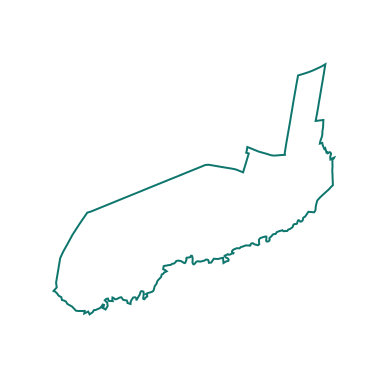 the district of Rawson, San Juan, Argentina, rotated 80°
{"feature_id": "61730980B18994779185278", "entity_name": "Rawson", "entity_type": "district", "adm_level": 2, "iso_a3": "ARG", "parent_name": "Argentina", "parent_adm1": "San Juan", "projection": "robinson", "projection_center": [-68.444, -31.689], "detail": "fine", "context": "isolated", "style": "outline", "palette": "teal", "viewbox_px": 384, "rotation_deg": 80, "n_neighbors": 0, "source": "geoboundaries", "source_scale": "gbopen_adm2", "svg_char_len": 5254}
<svg xmlns="http://www.w3.org/2000/svg" viewBox="0 0 384 384"><g transform="rotate(80 192 192)"><path d="M225.8,327.1L227.0,328.1L229.1,329.7L229.6,330.1L230.7,330.8L231.2,331.2L234.3,333.3L257.7,341.6L262.5,341.8L265.4,345.5L266.5,344.0L267.9,342.8L271.0,341.3L272.8,339.0L275.8,338.8L276.4,337.4L277.8,335.3L280.7,334.1L284.0,330.0L288.7,326.9L289.5,324.6L290.5,318.3L292.9,319.2L291.7,315.0L294.7,314.1L293.2,310.8L291.3,309.1L291.5,307.6L290.3,302.7L288.5,300.4L287.3,299.5L287.9,298.3L289.7,299.0L290.3,300.6L292.7,297.5L291.5,296.5L289.7,294.9L288.7,294.8L286.1,294.7L284.5,296.0L283.5,296.7L282.6,295.4L282.3,294.4L282.4,293.2L284.4,293.1L284.8,292.8L285.7,289.0L284.2,289.2L282.1,288.6L282.9,287.5L284.3,286.4L284.4,285.2L284.4,284.8L283.5,282.0L283.3,280.3L283.5,279.8L285.9,278.7L286.4,278.2L287.5,275.1L288.1,274.8L290.1,274.8L291.6,272.0L289.5,271.5L287.6,270.1L285.7,268.2L285.8,266.3L286.9,265.2L287.3,265.2L289.1,265.7L286.9,263.8L283.8,261.2L282.2,260.4L281.4,260.0L280.8,259.2L281.6,257.2L282.6,257.1L283.3,257.1L287.6,258.3L288.6,258.6L289.0,258.3L289.3,257.6L287.6,255.4L287.1,254.2L285.6,254.0L284.6,255.2L283.9,253.6L283.6,250.5L283.4,248.9L282.8,247.5L282.3,247.0L281.2,246.4L280.3,246.0L278.3,245.1L277.7,244.5L276.6,243.2L275.9,242.7L273.8,241.6L273.0,240.8L270.5,237.4L270.0,237.0L268.0,236.2L267.8,235.8L267.7,234.8L267.5,234.4L266.6,233.7L266.4,233.2L265.7,230.7L264.5,231.7L263.0,233.8L260.1,232.8L259.9,231.2L260.1,229.9L260.0,229.2L259.9,228.5L260.0,227.1L260.1,225.6L259.3,224.1L259.3,222.1L258.4,220.6L257.2,219.4L257.2,218.5L257.2,217.3L258.2,214.7L259.4,213.4L260.7,211.9L260.6,211.0L259.3,210.1L258.2,209.5L257.4,209.1L256.6,209.2L255.8,208.8L255.8,208.2L255.9,206.3L256.0,205.8L255.8,205.0L255.3,204.7L254.6,204.0L254.7,203.3L255.2,203.0L257.4,202.9L259.8,203.3L261.5,203.8L263.3,203.3L263.6,202.7L262.8,201.3L261.9,200.5L261.6,200.1L261.3,199.3L261.2,198.5L261.5,197.2L261.8,196.7L262.0,195.7L261.8,192.2L261.0,189.9L261.1,189.1L261.9,187.8L263.0,187.7L264.7,187.6L264.8,185.3L261.5,182.1L262.5,178.1L262.1,172.9L267.4,173.3L266.3,170.4L266.2,169.6L266.2,168.9L266.1,168.2L265.4,167.8L264.9,167.7L264.0,168.0L263.4,168.6L263.0,169.1L262.0,170.4L260.4,170.8L259.5,167.6L259.9,167.5L260.2,166.1L260.1,164.9L259.5,163.2L259.7,162.0L259.3,161.7L259.0,162.2L258.8,162.8L257.8,163.1L257.2,162.7L256.7,162.4L256.4,162.1L256.0,161.2L255.8,160.6L255.5,159.4L255.4,158.8L255.2,158.1L255.2,157.4L255.5,155.9L255.7,155.1L255.3,154.2L254.8,153.7L254.6,152.9L254.6,151.5L254.3,150.4L254.1,149.2L253.9,148.4L254.1,147.6L254.5,145.3L255.0,144.3L254.7,143.8L254.2,143.5L253.7,143.4L253.3,143.0L252.9,141.6L253.0,141.0L253.3,140.7L253.9,140.0L254.3,139.7L254.7,138.9L255.1,137.9L255.3,137.3L255.9,136.5L255.8,136.0L255.2,134.9L250.7,134.4L250.2,133.9L249.6,133.3L249.3,132.8L249.0,131.2L248.9,130.5L248.8,129.7L248.7,128.4L248.5,127.5L248.9,126.5L250.0,126.7L251.0,126.9L252.0,127.2L252.6,127.4L253.1,127.4L253.7,127.1L253.9,126.2L253.9,125.5L253.7,124.8L253.4,124.4L253.0,124.1L252.3,123.8L251.7,123.9L251.1,123.8L250.7,123.5L250.2,122.8L249.6,121.8L249.0,121.0L248.3,120.3L247.9,119.8L247.7,118.7L247.8,117.8L247.8,117.0L247.6,116.6L246.7,116.0L246.2,115.3L246.0,114.3L245.7,112.9L245.6,112.1L245.5,110.4L245.3,109.7L246.0,109.2L246.5,108.7L246.6,107.9L246.6,106.5L246.9,105.7L246.9,105.1L246.4,104.4L245.7,103.7L245.5,102.1L244.3,99.4L243.6,98.7L242.1,98.0L241.7,97.6L241.5,97.0L241.4,96.1L241.6,95.5L241.6,95.0L241.5,94.3L241.0,93.9L240.3,93.6L238.5,92.6L238.3,91.8L239.1,91.0L240.0,90.5L240.1,89.7L239.4,88.2L238.9,87.8L236.7,86.9L236.2,85.9L235.9,84.9L231.7,80.8L233.2,75.3L232.6,74.6L231.7,73.9L231.1,73.5L230.1,73.2L228.2,72.8L224.8,71.4L224.2,71.1L222.5,70.3L221.8,69.7L220.4,67.9L219.9,67.3L218.1,64.6L217.2,63.2L213.1,56.7L210.8,53.7L209.8,52.1L207.9,51.8L204.8,51.4L203.3,51.2L199.2,50.6L198.2,50.5L195.0,50.1L191.4,49.2L188.0,48.7L187.1,48.6L186.1,48.3L185.2,48.3L184.9,48.3L184.8,48.2L184.5,48.0L184.4,47.9L184.2,47.6L184.0,47.3L183.7,47.0L183.6,46.9L183.6,46.6L183.4,46.4L182.8,46.0L183.1,47.3L183.4,48.3L184.0,50.0L181.9,49.9L181.0,49.6L180.5,49.4L179.6,48.9L178.7,48.5L178.1,48.4L177.3,49.0L176.7,49.3L176.8,49.9L177.1,50.7L177.4,51.5L176.3,51.7L176.6,52.7L174.4,52.9L172.0,53.2L172.7,54.2L172.5,54.3L169.1,55.0L168.5,55.1L166.3,55.2L166.5,57.7L164.0,56.7L161.7,55.4L160.8,54.9L160.1,54.5L159.4,54.2L157.1,53.4L156.2,53.4L153.9,52.7L152.5,52.2L151.5,51.8L150.1,51.5L143.9,50.1L143.5,57.9L140.3,56.7L137.2,55.5L131.2,53.3L125.7,51.4L119.6,49.2L113.9,47.2L102.2,43.0L89.3,38.5L90.2,40.8L91.1,43.5L92.6,49.0L93.5,52.7L94.2,56.4L95.0,61.8L95.6,67.3L105.3,70.9L112.0,73.3L117.7,75.4L135.2,81.6L140.6,83.5L161.3,91.0L166.0,92.6L169.1,93.7L170.3,94.0L171.5,94.0L170.8,101.1L170.4,104.8L170.2,105.6L169.9,106.5L169.6,107.6L167.4,111.8L163.9,119.1L163.8,119.3L160.0,125.3L157.3,129.7L160.6,130.8L162.7,131.8L163.9,129.4L171.7,133.3L175.2,135.1L181.5,138.3L177.9,144.1L177.5,144.7L177.2,145.4L175.8,149.0L172.3,159.0L168.1,170.7L167.9,172.4L167.8,173.1L167.7,173.9L167.8,174.5L167.9,175.4L168.2,176.4L175.6,211.0L186.0,259.3L193.8,295.4L194.1,298.7L198.4,302.9L201.3,305.8L202.3,306.7L204.0,308.4L206.8,311.0L212.8,316.6L214.3,317.9L215.5,318.8L221.9,323.9L225.8,327.1Z" fill="none" stroke="#0f766e" stroke-width="2"/></g></svg>